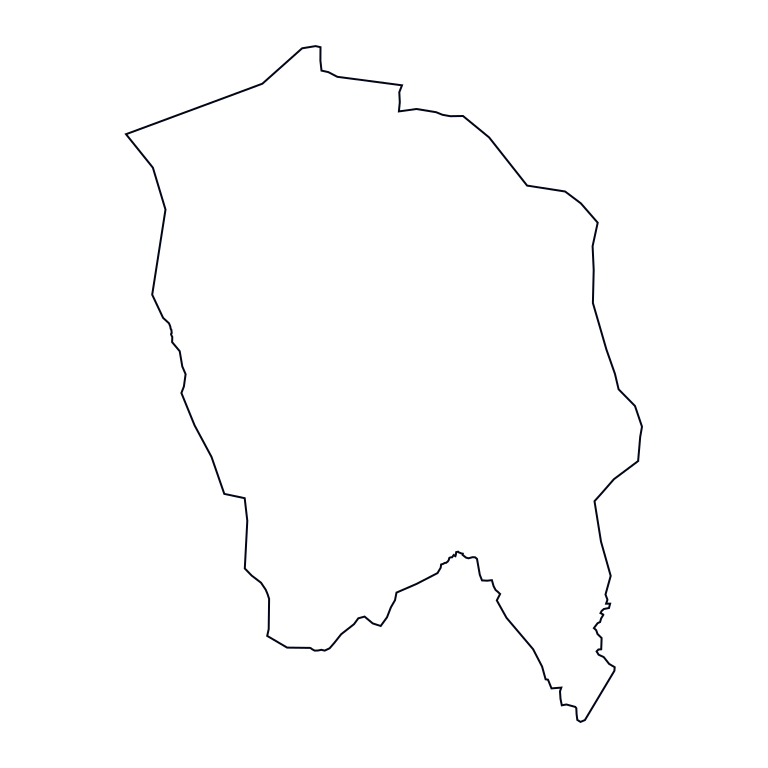 Awka North, Anambra, Nigeria
{"feature_id": "59680162B18488232241930", "entity_name": "Awka North", "entity_type": "district", "adm_level": 2, "iso_a3": "NGA", "parent_name": "Nigeria", "parent_adm1": "Anambra", "projection": "robinson", "projection_center": [7.078, 6.331], "detail": "fine", "context": "isolated", "style": "outline", "palette": "ink", "viewbox_px": 768, "rotation_deg": 0, "n_neighbors": 0, "source": "geoboundaries", "source_scale": "gbopen_adm2", "svg_char_len": 2348}
<svg xmlns="http://www.w3.org/2000/svg" viewBox="0 0 768 768"><path d="M638.2,461.0L638.2,460.2L640.2,436.9L642.0,426.7L635.0,406.0L618.6,389.3L615.0,374.0L606.4,349.5L599.4,325.3L592.9,303.0L593.7,270.0L592.6,246.2L597.7,222.7L580.9,203.4L565.1,191.5L527.1,185.6L523.4,180.9L489.1,137.4L463.0,116.0L450.3,116.2L442.5,114.8L436.1,112.2L416.5,109.0L398.9,111.4L399.8,102.2L399.3,92.2L402.0,85.3L351.0,78.6L337.3,76.8L328.3,72.1L321.5,70.6L320.4,60.6L320.5,47.2L315.6,46.1L302.1,48.3L262.4,83.7L201.2,106.4L126.0,134.2L152.9,167.7L165.5,209.6L152.2,294.7L163.1,317.9L169.0,323.3L170.3,326.5L170.6,328.5L171.0,329.4L171.3,329.6L171.6,331.8L171.7,333.1L171.2,333.6L171.1,334.6L171.5,335.3L171.6,335.6L172.3,337.0L172.1,342.1L179.7,351.2L182.3,366.5L185.6,374.2L183.9,386.5L181.4,393.0L194.6,425.4L211.5,456.9L224.3,493.9L244.7,498.2L245.3,503.5L247.3,520.8L244.8,568.5L251.7,575.6L261.0,582.7L265.7,589.7L267.4,593.7L269.1,598.8L268.7,629.2L267.2,635.9L287.1,647.6L309.9,647.9L310.8,648.2L312.1,649.2L314.6,650.6L318.1,650.5L321.3,649.8L324.7,650.6L329.6,648.3L334.3,642.9L341.2,634.2L354.0,624.2L358.3,618.3L364.6,616.6L372.7,623.4L380.7,626.0L387.0,617.3L390.9,607.3L395.0,600.2L396.5,592.6L416.6,583.9L437.5,573.1L440.7,567.7L441.1,564.5L443.1,563.9L444.8,562.9L446.0,562.9L447.9,561.4L448.9,559.7L449.2,558.1L450.3,557.4L452.1,557.3L453.4,555.4L453.8,555.0L454.2,555.6L455.4,556.2L455.7,555.2L455.9,554.5L456.2,552.1L458.1,551.7L458.8,552.4L459.4,552.6L461.3,553.4L462.8,553.7L462.6,554.9L463.0,555.2L466.0,557.6L468.5,558.3L472.5,557.2L475.1,557.3L477.0,558.9L479.8,574.8L482.0,580.4L487.4,580.7L489.7,580.4L491.9,580.2L493.6,586.2L495.6,590.0L497.7,591.7L500.1,594.0L496.8,600.4L506.5,617.8L533.1,649.2L542.1,666.6L545.6,679.3L548.0,679.7L551.5,688.4L561.3,687.6L560.0,691.3L560.5,698.8L561.8,705.3L566.4,704.5L575.3,706.9L576.3,708.2L576.6,714.3L577.3,719.9L580.5,721.9L584.9,720.1L614.4,670.8L614.7,667.2L609.1,663.9L603.9,657.3L603.6,657.0L598.6,654.7L596.6,651.4L598.4,649.5L601.2,649.3L601.4,644.4L601.6,638.0L597.5,634.0L596.2,630.2L593.9,628.1L597.6,623.2L600.1,622.0L601.1,618.5L603.3,614.9L603.3,614.6L600.5,613.1L601.7,610.9L603.9,609.0L609.0,608.0L610.1,603.7L606.1,603.7L607.4,599.9L607.4,599.6L605.5,594.5L610.7,575.9L601.0,541.6L594.5,501.2L601.6,493.3L613.9,479.2L638.2,461.0Z" fill="none" stroke="#020617" stroke-width="2"/></svg>